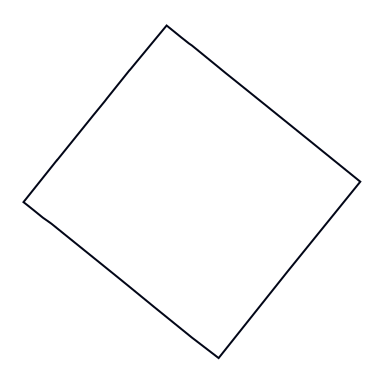 McHenry, Illinois, United States of America, rotated 219°
{"feature_id": "52423323B91863423304632", "entity_name": "McHenry", "entity_type": "district", "adm_level": 2, "iso_a3": "USA", "parent_name": "United States of America", "parent_adm1": "Illinois", "projection": "mercator", "projection_center": [-88.357, 42.325], "detail": "fine", "context": "isolated", "style": "outline", "palette": "ink", "viewbox_px": 384, "rotation_deg": 219, "n_neighbors": 0, "source": "geoboundaries", "source_scale": "gbopen_adm2", "svg_char_len": 557}
<svg xmlns="http://www.w3.org/2000/svg" viewBox="0 0 384 384"><g transform="rotate(219 192 192)"><path d="M67.7,305.9L125.2,305.9L182.2,305.8L221.0,305.7L240.5,305.6L256.7,305.7L259.1,305.7L284.3,305.8L288.0,305.5L297.4,305.4L316.5,305.4L317.1,247.5L317.2,247.4L317.0,211.6L316.9,208.0L317.0,189.4L316.9,144.3L316.9,131.7L317.0,131.7L316.6,78.1L316.2,78.1L308.0,78.2L291.7,78.2L281.4,78.9L281.1,78.9L264.8,78.9L209.4,79.0L187.8,79.0L165.4,78.9L148.9,78.8L100.6,78.8L66.8,79.7L67.7,190.1L67.7,305.9Z" fill="none" stroke="#020617" stroke-width="2"/></g></svg>